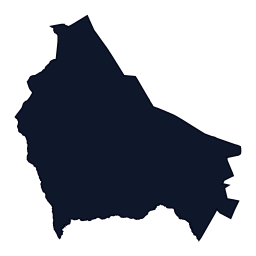 Cherangany, Rift Valley, Kenya (Mercator projection)
{"feature_id": "3690345B16240552911731", "entity_name": "Cherangany", "entity_type": "district", "adm_level": 2, "iso_a3": "KEN", "parent_name": "Kenya", "parent_adm1": "Rift Valley", "projection": "mercator", "projection_center": [35.178, 1.046], "detail": "fine", "context": "isolated", "style": "filled", "palette": "ink", "viewbox_px": 256, "rotation_deg": 0, "n_neighbors": 0, "source": "geoboundaries", "source_scale": "gbopen_adm2", "svg_char_len": 5761}
<svg xmlns="http://www.w3.org/2000/svg" viewBox="0 0 256 256"><path d="M238.5,201.1L233.8,200.1L227.0,198.9L224.9,190.2L224.5,187.6L226.4,186.6L228.7,185.2L222.4,183.8L223.5,181.2L224.1,180.1L228.1,178.1L230.9,176.7L233.2,175.7L232.7,174.5L232.3,173.1L231.6,171.6L227.0,160.6L226.9,159.9L226.7,157.4L238.6,154.9L240.3,153.7L240.6,151.9L240.6,151.1L240.5,148.4L240.2,146.7L237.4,145.5L236.9,145.4L235.0,144.9L217.2,138.7L215.3,137.8L214.7,137.4L212.1,136.8L211.3,136.6L204.6,134.1L199.0,130.7L181.9,120.0L175.6,116.3L174.1,115.5L171.9,114.5L158.6,108.9L153.0,106.9L151.9,104.9L149.6,101.3L148.8,99.4L148.3,98.9L147.5,97.5L144.5,92.4L136.4,78.5L135.2,76.7L123.9,75.7L111.2,55.3L106.5,48.1L101.7,41.5L95.7,33.0L93.8,30.5L89.3,20.6L87.2,15.8L71.9,25.1L68.0,27.1L67.5,26.3L66.6,26.0L65.9,25.8L64.6,25.2L64.2,24.5L61.5,24.5L51.0,26.4L51.7,26.9L53.1,27.3L54.0,27.9L54.1,28.8L53.9,30.3L54.3,31.1L54.9,32.5L56.2,33.1L57.3,34.0L57.7,34.5L58.1,35.3L58.2,36.1L58.2,37.9L58.2,41.2L57.9,44.6L56.4,59.0L56.0,59.6L53.5,59.9L52.5,60.6L51.6,60.9L50.8,61.4L50.4,61.8L50.2,62.5L49.6,63.6L49.1,64.1L48.0,65.0L45.7,67.3L45.3,68.8L45.0,69.4L43.5,70.1L43.0,70.5L42.7,71.2L41.9,71.9L40.8,72.5L39.2,73.2L38.5,73.8L37.5,74.4L36.9,74.6L36.3,75.0L35.4,75.7L32.9,75.9L32.1,76.1L31.2,76.5L30.6,76.9L30.1,77.6L29.8,78.2L29.6,78.8L28.1,81.1L27.5,81.8L29.5,87.7L30.2,89.0L30.7,89.8L31.5,90.6L32.4,91.8L32.8,92.5L32.6,93.3L30.8,96.3L30.2,97.4L28.0,100.2L27.5,100.8L26.5,101.3L25.7,101.5L25.2,101.9L24.7,102.6L24.1,103.0L23.6,103.7L22.9,106.0L22.1,108.1L21.2,109.4L17.1,114.6L15.4,117.0L16.7,118.4L17.5,118.6L17.8,119.3L18.1,120.2L18.7,121.5L18.8,122.1L18.7,123.0L18.3,124.9L17.8,125.9L17.8,126.7L18.0,127.4L18.8,129.0L18.8,130.2L19.0,131.3L19.5,131.8L21.6,132.9L22.3,133.7L23.0,134.8L23.7,135.1L24.8,135.2L25.5,136.1L26.4,137.6L27.0,139.6L27.3,140.2L27.5,141.1L27.6,141.8L27.4,142.3L27.4,143.1L28.4,144.3L28.1,144.8L28.1,146.7L27.8,147.8L27.7,148.4L27.7,149.2L28.0,150.0L28.0,150.8L27.9,151.5L28.3,152.1L28.5,153.0L28.4,153.8L28.4,154.7L27.9,155.0L27.6,155.6L27.6,156.5L27.4,157.3L27.4,158.0L27.6,158.5L27.4,159.4L29.2,161.9L30.0,162.1L30.6,162.3L31.0,163.0L32.0,163.1L32.4,163.8L33.3,163.8L33.9,164.4L34.2,165.8L35.6,166.6L36.2,167.0L36.7,167.5L36.9,168.4L36.8,169.4L37.1,170.1L37.8,171.2L38.0,171.8L38.0,172.4L38.3,173.6L38.6,174.2L38.7,174.8L39.1,175.3L39.5,176.0L39.7,177.3L39.6,177.8L40.0,178.5L40.7,179.1L40.7,180.2L41.4,180.4L42.1,181.7L41.7,182.4L41.6,183.0L41.3,183.5L41.1,184.2L41.4,185.0L41.6,185.7L41.7,186.3L41.6,187.1L42.3,188.6L42.6,189.6L43.2,191.1L43.5,191.7L44.9,192.2L45.3,192.7L46.1,194.3L45.9,196.8L46.1,197.5L47.0,198.9L47.4,199.4L47.7,200.0L48.0,200.7L49.2,201.7L49.4,202.5L50.1,203.0L50.7,203.7L51.1,204.4L51.9,204.9L52.0,205.8L52.6,206.3L53.0,206.9L52.8,207.8L52.5,208.5L52.9,209.1L52.8,209.9L52.9,210.6L52.5,211.8L53.5,212.9L53.2,213.4L53.5,214.1L53.4,214.7L53.5,215.5L53.4,217.0L53.5,218.3L54.0,219.7L53.9,221.1L53.5,222.9L53.8,224.8L53.7,225.7L54.1,226.3L54.0,226.9L54.1,227.4L54.4,227.9L54.4,228.8L54.4,229.4L55.1,230.1L55.5,230.8L55.8,231.4L56.7,232.8L57.7,234.9L58.2,236.3L58.8,237.4L59.6,238.3L60.0,237.8L60.4,237.3L60.2,236.5L60.6,235.9L60.8,235.2L61.5,234.4L62.1,234.2L62.0,233.5L62.2,232.8L62.0,232.0L62.5,231.5L61.8,231.3L61.9,230.6L61.5,229.3L61.6,228.4L62.9,228.0L63.4,227.6L63.6,226.9L64.1,226.4L64.8,226.5L64.7,225.8L64.4,225.1L65.3,224.8L66.5,225.1L67.1,224.4L67.7,224.1L69.4,223.7L69.7,223.1L69.8,222.6L69.8,221.7L70.3,221.0L69.5,219.9L70.2,218.9L72.2,218.8L73.3,219.1L74.0,219.5L74.8,219.5L75.6,219.4L76.5,219.3L77.6,219.0L78.2,218.4L79.0,218.2L79.9,218.6L80.5,219.1L80.8,219.9L81.5,220.3L82.4,220.3L83.3,220.3L83.9,220.0L84.5,220.1L86.2,219.9L87.8,219.4L88.5,219.9L89.0,220.4L89.6,220.4L90.3,220.2L90.9,219.9L90.9,219.2L91.6,218.9L92.4,219.0L93.6,218.7L94.4,218.4L95.4,218.4L96.0,217.8L97.7,216.9L99.2,217.3L100.7,218.1L101.5,218.7L102.4,218.9L103.4,218.5L104.2,218.6L105.6,217.9L106.5,217.5L107.1,217.0L107.7,216.9L108.8,217.5L109.6,216.3L110.2,215.8L111.1,215.4L111.9,215.3L112.6,215.3L113.3,215.6L114.7,215.1L115.5,214.6L116.3,215.0L117.1,214.9L117.7,214.7L118.4,214.8L119.1,215.3L119.7,215.3L120.1,215.9L120.7,216.3L121.0,216.8L121.8,217.1L122.4,216.9L123.1,217.2L124.7,217.0L125.6,217.0L126.3,216.7L128.1,216.9L128.9,217.3L129.7,217.6L130.1,218.0L130.7,218.0L131.2,218.2L131.8,218.0L133.9,217.7L134.4,218.3L135.1,218.7L135.7,218.9L136.3,219.2L136.9,219.0L137.4,219.0L138.0,218.8L138.6,219.1L139.2,218.9L140.3,218.3L142.2,218.1L143.4,217.4L144.0,216.6L145.4,215.2L147.0,214.2L147.4,213.4L147.6,212.6L147.9,211.8L148.6,211.2L150.1,210.3L150.6,209.9L151.3,210.0L153.0,209.6L153.5,209.4L154.4,209.3L155.0,208.8L154.7,207.9L155.9,207.4L156.1,206.5L156.1,205.7L156.7,205.4L157.6,205.3L158.5,205.1L159.1,204.8L159.2,204.2L160.5,203.8L161.7,204.5L162.5,204.5L164.0,205.1L164.6,205.5L164.9,206.0L165.5,205.8L166.2,205.8L166.7,206.3L166.7,207.1L167.6,207.6L169.6,207.8L171.8,207.7L172.6,207.9L173.4,207.7L173.9,208.3L174.5,209.3L174.7,209.9L174.8,210.8L175.1,211.9L175.5,212.8L176.7,214.6L177.1,215.1L177.9,215.9L178.9,216.2L179.1,217.0L179.1,217.5L179.4,218.0L180.0,218.5L180.9,218.7L181.7,218.3L183.0,219.1L183.9,218.8L184.6,219.2L185.8,219.8L186.4,219.9L186.7,220.5L187.3,220.8L187.8,221.3L188.5,221.8L189.2,222.3L190.0,222.8L190.4,223.5L189.7,224.0L189.9,224.9L190.6,225.8L190.3,226.6L191.0,228.1L191.8,228.1L191.7,229.2L192.2,229.7L192.4,230.2L192.0,230.9L192.7,232.1L193.3,232.4L193.9,233.2L193.8,233.9L194.3,234.6L194.9,234.6L195.3,235.1L196.0,234.7L196.5,235.0L197.1,235.5L196.8,236.3L197.1,237.0L197.3,237.8L197.3,238.4L197.8,238.9L198.3,239.2L198.7,239.6L198.9,240.2L200.7,237.7L214.5,213.6L215.5,211.7L216.4,209.8L216.8,209.2L220.2,212.8L222.6,214.0L230.7,218.3L234.3,209.7L238.5,201.1Z" fill="#0f172a" stroke="#020617" stroke-width="1.5"/></svg>